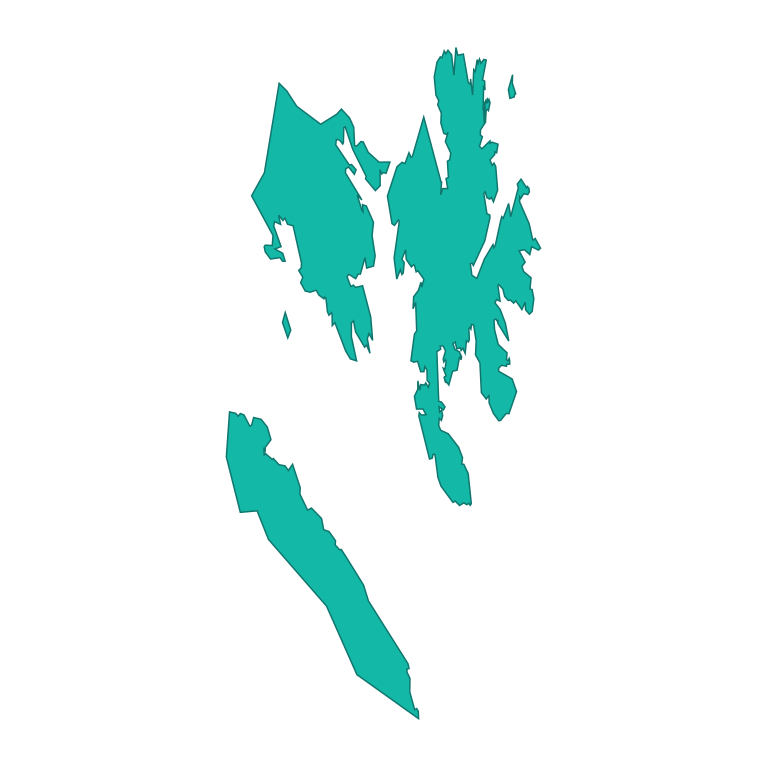 outline of Nordkapp nor, Finnmark, Norway, rotated 89°
{"feature_id": "86288312B7407058385806", "entity_name": "Nordkapp nor", "entity_type": "district", "adm_level": 2, "iso_a3": "NOR", "parent_name": "Norway", "parent_adm1": "Finnmark", "projection": "robinson", "projection_center": [25.725, 70.921], "detail": "fine", "context": "isolated", "style": "filled", "palette": "teal", "viewbox_px": 768, "rotation_deg": 89, "n_neighbors": 0, "source": "geoboundaries", "source_scale": "gbopen_adm2", "svg_char_len": 6135}
<svg xmlns="http://www.w3.org/2000/svg" viewBox="0 0 768 768"><g transform="rotate(89 384 384)"><path d="M251.0,225.1L241.1,230.3L242.9,232.4L241.5,233.0L226.2,236.1L204.3,245.2L199.1,245.1L200.9,244.0L196.2,241.0L197.1,237.0L194.4,235.3L190.8,235.7L189.0,237.2L190.3,238.0L181.6,243.4L186.4,247.2L190.3,246.3L219.0,254.4L205.7,256.2L220.3,261.8L218.7,263.3L221.5,264.2L247.0,270.2L249.7,271.7L246.5,272.6L260.7,281.4L280.1,289.3L276.8,294.2L265.3,295.6L264.8,293.7L267.1,292.6L242.8,280.8L219.4,275.1L216.8,275.3L215.6,278.1L195.3,280.9L193.6,279.5L199.5,277.8L201.0,275.1L199.3,273.4L203.8,271.4L192.1,267.0L168.4,268.5L165.0,270.2L167.4,272.1L161.7,274.1L156.5,269.3L153.8,269.2L154.8,267.4L146.2,265.8L144.1,271.8L145.1,273.8L142.8,273.8L150.5,282.0L148.0,284.4L138.5,281.3L136.7,283.3L131.6,283.1L125.7,279.1L111.8,279.5L111.2,279.0L109.9,278.9L109.5,278.5L125.2,278.1L112.5,277.1L111.2,275.9L112.5,274.8L104.7,273.1L101.6,274.0L104.5,275.2L99.7,275.6L105.4,276.3L101.4,277.1L107.0,278.3L103.5,278.3L106.1,279.4L107.9,278.1L109.3,278.0L108.7,278.6L110.4,280.1L87.1,279.2L91.9,277.9L82.9,278.1L81.6,280.2L62.0,276.1L61.2,278.5L65.1,281.4L60.8,282.9L65.3,284.5L61.3,285.2L73.1,287.3L71.2,288.8L96.6,290.4L80.5,292.1L85.8,292.4L84.0,294.5L55.5,298.9L56.6,304.5L48.8,306.2L76.5,308.7L56.0,310.7L51.4,314.2L54.9,316.4L52.0,318.0L58.9,320.4L57.9,322.0L63.2,325.4L77.9,328.4L96.2,327.0L101.7,324.3L105.8,325.4L114.1,322.0L124.0,322.6L134.5,319.8L135.7,317.0L133.2,315.5L142.6,318.4L154.4,313.2L161.0,314.4L162.3,316.7L178.7,316.0L179.6,318.4L189.7,316.9L189.6,321.8L195.8,324.1L182.4,322.8L183.6,323.3L117.8,339.6L156.6,351.5L157.9,353.0L153.2,355.0L164.0,359.2L162.6,362.0L167.0,367.2L196.2,377.3L223.8,373.2L225.6,370.8L220.2,366.7L221.9,365.9L258.2,371.7L279.3,369.4L270.0,365.7L274.8,364.2L273.3,362.8L262.9,361.7L259.5,364.0L250.2,360.0L259.7,359.6L267.4,354.6L265.4,352.5L266.2,351.4L272.5,349.9L271.4,348.1L279.9,342.3L287.9,344.6L282.9,345.3L290.9,347.9L297.2,352.8L309.3,353.7L303.0,350.9L331.4,350.4L334.7,352.7L361.2,356.7L362.7,354.0L361.9,350.0L372.3,347.1L372.4,343.9L367.2,342.9L370.9,340.8L381.2,340.8L383.8,338.5L388.1,339.7L383.6,342.3L385.8,343.4L385.2,347.2L390.8,348.4L381.5,350.1L389.8,350.3L397.0,353.8L409.6,351.9L409.7,345.5L415.4,342.5L415.7,347.1L413.3,349.2L416.7,349.7L459.8,339.8L459.0,337.1L455.0,336.0L455.6,334.2L478.4,331.7L487.1,328.8L503.6,317.1L502.3,314.8L506.8,310.6L504.2,306.2L506.1,303.4L504.9,301.0L506.8,300.0L505.2,298.8L475.0,301.4L465.7,305.6L465.4,307.7L459.0,306.8L448.6,310.5L434.9,320.6L431.3,328.1L426.5,330.0L419.3,329.4L421.4,327.3L416.7,325.9L411.1,326.8L413.1,328.9L407.7,329.3L411.0,325.1L408.0,323.4L403.1,326.8L402.2,329.6L352.6,330.6L350.2,326.7L346.9,327.1L347.0,324.2L352.1,321.9L360.0,324.4L363.0,323.8L360.7,322.2L362.5,321.5L370.2,322.7L369.2,324.5L377.0,321.8L378.3,323.8L384.0,322.3L382.4,322.0L386.1,319.2L372.4,315.2L371.5,310.7L359.1,308.2L358.0,307.3L361.2,306.6L358.3,305.9L353.1,308.1L350.7,312.5L344.9,314.4L343.3,312.1L350.0,310.6L349.2,307.0L351.8,306.3L349.7,304.5L354.7,302.3L342.3,300.8L343.4,298.9L341.2,297.9L330.2,298.2L329.0,297.2L330.7,296.2L325.9,295.4L326.7,293.3L342.8,291.1L356.4,292.0L364.6,287.7L394.3,286.8L400.8,282.1L397.6,279.3L404.8,279.2L415.4,275.1L422.8,269.8L422.3,267.9L415.6,262.4L415.9,259.6L393.9,251.6L381.2,255.8L373.3,269.1L370.4,269.2L367.3,266.2L368.4,261.3L366.3,260.9L366.4,258.0L363.3,257.9L360.6,258.4L363.0,259.8L361.7,261.1L355.0,260.4L346.4,269.1L331.7,272.5L321.9,272.9L321.1,270.9L323.7,269.3L321.8,268.8L325.4,269.1L343.2,258.5L325.3,261.6L311.4,266.6L304.7,271.7L301.5,269.9L303.2,266.5L287.7,268.4L286.5,267.6L291.1,263.5L298.5,261.8L302.6,258.4L302.4,256.0L305.4,253.0L303.1,250.7L312.0,244.8L304.7,241.5L312.3,241.1L316.7,237.5L314.1,234.6L301.2,232.7L292.2,234.3L291.6,236.4L280.4,235.1L273.9,242.5L268.8,244.0L264.6,240.7L253.2,246.6L252.2,241.2L257.2,236.0L249.3,234.0L252.8,227.3L251.0,225.1ZM193.5,513.1L233.5,492.4L243.6,493.3L243.1,500.3L244.6,501.4L249.9,500.4L257.1,495.2L255.8,485.9L259.5,483.2L259.5,480.7L251.5,483.0L247.1,490.8L244.9,484.5L224.1,491.5L219.7,490.6L222.6,484.6L213.3,486.4L218.8,482.2L216.4,480.1L222.6,477.6L224.2,472.1L261.4,464.4L266.3,464.7L269.0,467.3L275.9,463.3L281.2,465.6L289.7,461.1L290.9,456.2L289.0,450.1L293.9,447.6L297.8,442.6L296.0,442.0L297.5,440.5L310.8,439.3L314.3,437.8L311.7,435.2L313.8,434.7L324.7,434.7L321.8,432.0L350.2,421.8L358.3,417.2L360.4,411.0L336.1,415.8L322.4,415.5L320.3,413.4L331.4,411.5L346.9,402.7L344.8,400.7L353.0,397.5L338.4,399.9L333.3,398.1L340.2,394.6L316.8,396.1L285.4,403.7L286.9,410.8L284.6,412.9L285.9,415.5L276.1,419.1L273.7,417.2L278.2,410.5L273.6,407.9L273.7,405.7L257.3,400.8L267.8,399.3L265.9,392.4L255.7,390.6L235.6,393.3L222.2,391.7L205.7,398.6L204.3,402.4L211.5,402.0L210.0,403.1L194.6,407.5L199.6,402.9L172.2,418.9L168.2,418.5L166.4,415.6L173.8,410.0L169.3,408.2L164.0,412.6L164.4,414.9L144.0,428.1L138.7,427.4L139.3,424.2L143.4,421.1L142.2,420.4L127.0,419.7L126.2,418.3L148.7,411.2L176.1,398.2L178.5,398.9L190.5,389.3L185.7,384.4L169.5,384.2L174.0,382.6L172.6,380.9L173.4,378.3L162.2,374.2L162.1,385.1L152.1,395.7L141.5,400.6L141.2,402.8L145.7,407.2L145.2,409.2L126.7,409.8L117.4,413.8L108.4,421.8L113.4,426.5L123.2,442.8L104.8,466.4L89.3,476.1L81.5,483.6L170.7,499.9L193.5,513.1ZM719.2,355.3L711.9,355.4L709.1,357.0L710.2,359.0L692.3,363.6L678.8,363.2L672.4,366.1L669.3,365.9L668.9,363.9L664.1,364.9L600.7,403.3L584.6,408.0L557.6,424.1L548.7,429.6L549.0,431.2L544.1,435.6L539.9,435.2L530.5,441.6L528.7,446.8L517.4,448.8L506.8,458.7L508.8,462.6L492.6,470.0L486.2,469.6L462.7,476.8L468.8,481.2L464.1,484.4L462.9,490.4L456.5,496.0L457.5,497.0L451.5,503.7L452.7,505.0L447.2,505.2L448.8,504.0L445.2,503.8L437.7,498.0L425.1,501.4L417.2,507.4L415.2,514.9L422.9,517.1L423.7,519.0L412.5,524.5L411.0,528.2L413.6,530.3L410.7,532.9L409.2,538.9L454.1,542.9L509.8,529.9L508.6,513.1L537.4,502.2L605.1,445.3L674.2,416.1L719.2,355.3ZM336.2,479.4L328.4,476.3L310.9,481.5L320.7,484.4L336.2,479.4ZM95.8,248.0L96.7,247.1L85.3,250.5L77.0,250.0L91.9,254.5L100.6,253.1L99.3,248.9L95.8,248.0Z" fill="#14b8a6" stroke="#0f766e" stroke-width="1.5"/></g></svg>